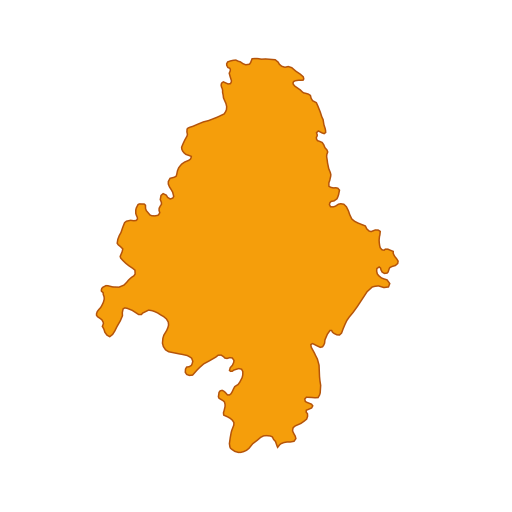 outline of Mogilev, Mogilev, Belarus, rotated 114°
{"feature_id": "67162791B13586571917215", "entity_name": "Mogilev", "entity_type": "district", "adm_level": 2, "iso_a3": "BLR", "parent_name": "Belarus", "parent_adm1": "Mogilev", "projection": "albers", "projection_center": [30.317, 53.845], "detail": "fine", "context": "isolated", "style": "filled", "palette": "amber", "viewbox_px": 512, "rotation_deg": 114, "n_neighbors": 0, "source": "geoboundaries", "source_scale": "gbopen_adm2", "svg_char_len": 6118}
<svg xmlns="http://www.w3.org/2000/svg" viewBox="0 0 512 512"><g transform="rotate(114 256 256)"><path d="M382.9,367.7L383.2,367.1L384.9,365.0L387.1,363.1L388.9,360.0L389.2,356.8L386.0,355.1L382.0,354.5L377.0,354.3L370.4,353.6L364.9,353.7L362.1,355.1L358.4,355.9L356.8,354.8L356.2,352.4L356.1,349.7L356.0,347.0L356.4,344.4L357.2,339.4L356.1,336.9L354.2,336.3L349.1,332.1L348.2,328.6L348.0,326.2L348.0,322.7L348.6,319.0L348.9,315.8L349.9,312.3L352.0,309.3L354.6,307.8L357.0,307.4L360.3,307.3L365.8,308.0L369.0,307.6L373.7,306.0L376.4,303.8L378.5,300.5L379.0,296.9L376.6,286.1L376.0,283.9L374.9,278.4L375.1,275.6L375.5,273.3L377.9,270.9L380.5,270.5L382.2,270.5L384.3,272.0L385.7,274.2L388.0,274.4L391.0,273.3L392.4,271.1L392.2,268.3L390.6,265.5L384.0,263.4L380.6,262.1L375.8,259.9L370.9,256.1L364.7,251.6L362.0,250.2L360.7,247.5L361.2,244.6L361.9,243.0L361.4,240.8L359.5,238.6L358.8,236.2L360.4,233.6L362.3,233.1L365.4,233.1L368.5,234.1L371.3,233.7L371.7,232.4L370.9,230.8L369.3,229.9L367.3,227.7L365.8,225.9L365.3,223.1L367.0,221.0L370.1,219.7L372.8,219.2L377.8,219.5L380.7,220.1L382.1,221.1L384.0,222.3L386.7,222.5L389.4,222.5L392.0,222.8L393.7,223.7L394.5,225.6L393.1,228.6L392.6,230.5L392.5,232.3L393.8,233.9L395.6,234.3L399.9,233.1L401.0,231.9L401.6,227.1L402.0,225.7L403.2,224.6L404.5,223.7L406.3,223.0L410.5,222.2L412.3,222.0L413.5,221.4L414.5,220.7L414.5,216.4L414.8,213.5L415.6,210.8L417.2,208.4L419.6,207.5L425.2,207.2L427.2,206.9L432.2,205.7L438.2,204.0L441.0,202.2L442.0,201.1L442.5,199.3L443.1,195.8L442.6,192.2L441.7,190.2L439.8,187.8L437.3,185.6L434.6,184.2L428.9,182.7L423.8,179.9L419.8,178.0L417.2,175.9L415.8,173.3L414.6,169.8L414.6,167.5L416.4,165.3L417.5,162.8L421.3,159.2L422.0,158.4L418.8,157.6L417.4,156.9L415.2,154.8L413.2,151.9L412.0,149.1L409.8,145.9L406.6,145.3L404.6,146.9L402.8,149.3L401.0,151.4L399.2,152.0L397.6,152.2L395.2,151.0L390.7,146.9L387.4,144.9L384.4,143.4L381.4,143.7L379.2,144.8L378.2,146.7L376.4,147.3L375.1,146.0L372.2,143.4L369.8,143.2L368.8,145.0L369.0,150.1L368.8,151.8L366.8,153.3L364.5,152.5L362.6,147.6L361.5,144.4L360.1,141.7L357.1,141.4L354.9,141.7L347.9,144.3L343.9,146.9L340.2,149.0L330.1,154.0L325.2,158.0L322.3,161.6L321.1,162.9L316.9,168.4L314.7,169.9L313.1,168.9L313.0,167.5L313.2,164.4L313.3,160.1L311.9,158.3L310.0,157.9L307.7,157.9L304.6,158.9L298.4,159.0L293.9,158.1L293.3,156.6L294.5,155.1L295.0,153.2L295.1,150.0L294.2,147.6L291.6,146.5L287.0,146.8L282.2,146.9L278.0,146.8L273.8,146.0L268.1,144.4L261.0,142.9L243.4,140.0L237.0,137.2L235.3,135.0L233.5,132.0L232.8,126.3L230.4,122.4L226.8,122.6L224.5,126.6L224.9,129.8L225.0,132.6L224.1,135.8L223.0,137.9L220.8,139.6L218.3,140.5L215.9,139.0L216.3,137.4L218.0,136.0L219.4,134.2L219.7,131.6L218.3,129.3L216.8,128.8L214.2,129.1L212.2,129.1L210.1,127.3L208.0,124.8L205.2,123.5L202.9,124.1L201.2,126.6L200.1,128.9L199.0,130.4L197.7,131.8L196.0,132.5L196.1,135.7L196.1,138.3L197.2,140.7L198.6,141.3L199.1,143.4L198.0,145.8L196.3,147.2L193.9,148.7L191.4,150.0L188.1,151.1L186.4,151.4L183.0,152.5L182.6,154.9L183.7,157.6L186.9,160.8L187.2,162.8L186.2,165.8L184.1,168.3L184.4,176.2L184.2,180.0L183.2,183.6L180.1,187.2L177.2,189.9L174.3,193.4L173.0,196.8L173.8,199.9L175.2,201.8L178.2,203.7L179.7,205.4L180.7,207.9L179.3,209.8L177.3,210.2L175.5,209.5L173.9,207.1L170.8,205.3L168.6,205.3L166.4,205.5L161.9,206.5L160.8,208.8L161.2,210.8L162.3,212.9L162.9,215.8L162.6,217.8L159.5,219.2L156.9,219.4L154.5,219.9L153.2,220.1L151.3,220.7L149.6,222.0L146.6,225.1L141.9,228.5L139.9,229.7L136.5,231.9L134.5,232.6L131.8,232.8L130.2,234.4L129.0,237.1L126.8,239.4L125.4,241.7L125.4,244.5L125.6,246.7L124.7,248.2L123.1,249.1L121.4,249.0L120.5,249.3L118.8,250.9L116.4,249.9L116.7,245.8L116.5,243.5L114.8,242.6L112.9,243.6L111.4,244.7L108.4,247.4L104.1,250.2L102.0,252.6L98.4,255.8L94.1,260.2L91.4,263.2L91.1,267.5L89.5,269.8L87.2,271.6L86.8,274.0L87.1,276.3L87.6,279.0L87.2,280.7L86.3,283.0L85.0,289.8L83.8,292.0L82.7,292.6L81.4,292.6L79.9,291.4L78.0,288.4L77.3,286.7L76.2,284.5L74.8,284.4L73.1,285.7L71.9,289.4L71.0,294.6L70.2,297.3L69.4,299.9L69.8,303.6L71.8,306.3L72.2,309.7L71.3,312.7L69.9,314.6L68.9,318.3L72.1,327.4L74.0,331.1L74.9,334.6L76.3,337.8L77.4,339.8L81.6,339.6L83.5,340.0L85.5,343.2L85.6,346.1L85.0,349.4L85.3,351.5L85.2,354.1L86.5,356.4L88.2,358.7L90.2,360.8L92.3,361.0L93.7,360.3L95.2,358.4L95.2,356.2L96.2,355.2L97.5,354.8L99.9,354.8L102.5,352.7L105.8,349.8L107.2,349.3L109.0,349.5L110.2,351.5L110.2,356.7L112.0,357.7L113.2,357.6L114.4,357.2L115.9,356.0L116.8,354.9L118.4,353.8L119.9,353.2L122.6,351.3L124.8,350.0L129.0,345.4L131.5,343.5L134.4,342.5L136.7,342.5L139.2,342.9L145.0,347.9L151.6,354.4L154.9,358.6L159.5,363.0L163.2,366.4L165.1,368.6L166.3,369.7L167.4,370.5L168.3,370.5L170.7,369.6L172.8,368.1L174.5,367.8L178.8,368.2L182.7,368.3L186.9,368.2L188.6,367.2L189.9,365.8L191.0,363.8L191.7,361.4L191.4,357.8L191.3,355.6L192.5,355.3L194.2,355.3L196.0,356.4L199.2,359.4L202.3,361.3L204.0,361.8L206.9,362.5L210.1,362.4L213.7,361.6L215.6,361.4L217.3,362.7L220.0,366.1L223.6,366.4L225.9,365.4L228.1,363.1L230.1,360.1L231.6,358.1L235.0,355.4L237.0,355.6L238.8,357.6L238.4,360.6L236.9,362.7L236.8,366.2L239.3,367.4L243.4,366.4L245.4,364.3L247.2,363.4L249.0,363.7L251.7,363.9L253.8,363.1L255.6,361.5L257.4,361.7L258.7,362.1L260.5,364.7L261.6,367.5L261.7,369.4L259.2,374.6L257.6,376.2L254.6,377.6L254.0,379.2L255.9,383.8L257.0,384.7L260.9,384.9L263.0,384.5L266.1,383.1L267.5,381.8L268.9,380.2L270.5,379.3L272.3,379.9L273.5,382.0L274.4,385.1L276.9,388.5L279.0,389.6L284.0,389.4L289.4,388.9L292.9,389.2L297.0,389.0L300.8,388.0L301.8,386.4L302.5,383.8L303.7,380.6L306.5,380.0L311.6,379.9L312.9,378.8L314.2,375.9L315.6,372.1L316.6,368.3L317.4,363.6L318.2,360.8L321.6,359.1L323.8,359.5L326.1,361.0L327.8,361.8L330.0,362.7L332.6,363.4L336.3,364.8L340.2,368.5L342.5,374.2L343.0,376.9L343.4,379.2L344.1,381.0L347.0,383.3L348.4,383.7L350.2,383.4L351.1,382.8L351.6,380.8L353.4,379.8L355.0,378.2L357.1,377.1L360.3,376.6L364.2,376.7L366.4,377.0L368.8,377.8L371.3,378.4L373.6,378.2L375.0,377.6L375.9,376.1L376.4,373.2L377.0,370.8L378.6,368.7L379.8,367.9L382.9,367.7Z" fill="#f59e0b" stroke="#b45309" stroke-width="1.5"/></g></svg>